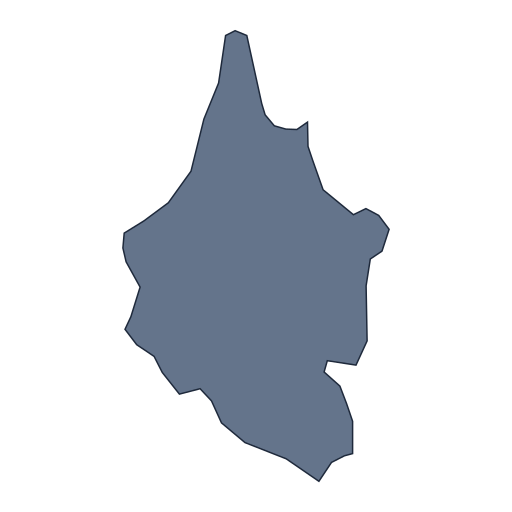 Momo, Nord-Ouest, Cameroon
{"feature_id": "32672807B23500574999001", "entity_name": "Momo", "entity_type": "district", "adm_level": 2, "iso_a3": "CMR", "parent_name": "Cameroon", "parent_adm1": "Nord-Ouest", "projection": "equal_earth", "projection_center": [9.833, 6.013], "detail": "fine", "context": "isolated", "style": "filled", "palette": "slate", "viewbox_px": 512, "rotation_deg": 0, "n_neighbors": 0, "source": "geoboundaries", "source_scale": "gbopen_adm2", "svg_char_len": 763}
<svg xmlns="http://www.w3.org/2000/svg" viewBox="0 0 512 512"><path d="M218.6,83.0L203.9,119.1L191.0,171.2L168.3,202.8L143.9,220.9L124.2,233.1L122.9,248.0L126.1,261.8L140.1,287.1L130.9,316.7L125.0,329.3L136.7,344.7L154.1,356.4L162.3,372.5L179.4,394.1L200.1,388.7L211.5,400.9L221.5,422.9L245.0,442.6L286.2,458.8L318.9,481.3L331.5,462.4L344.4,455.8L352.6,453.6L352.6,421.3L346.6,403.7L339.9,386.1L324.1,372.0L327.3,360.7L356.0,365.1L367.1,340.9L367.0,335.2L366.1,285.8L370.3,259.0L382.0,251.1L389.1,229.3L378.7,215.4L365.9,208.6L353.4,214.7L323.1,189.8L312.6,160.1L308.0,146.4L307.5,122.1L300.2,127.2L296.9,129.5L285.9,129.1L274.3,125.8L265.1,114.8L261.7,103.5L246.8,35.5L235.1,30.7L225.6,35.5L218.6,83.0Z" fill="#64748b" stroke="#1e293b" stroke-width="1.5"/></svg>